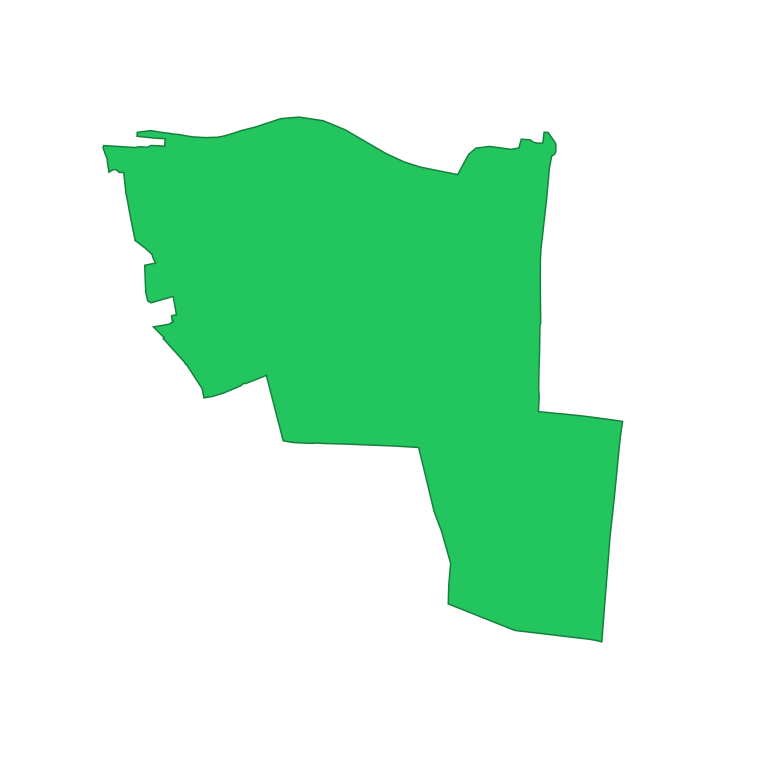 the district of Sendreni, Galati, Romania, rotated 168°
{"feature_id": "2599482B83097293031485", "entity_name": "Sendreni", "entity_type": "district", "adm_level": 2, "iso_a3": "ROU", "parent_name": "Romania", "parent_adm1": "Galati", "projection": "orthographic", "projection_center": [27.927, 45.451], "detail": "fine", "context": "isolated", "style": "filled", "palette": "green", "viewbox_px": 768, "rotation_deg": 168, "n_neighbors": 0, "source": "geoboundaries", "source_scale": "gbopen_adm2", "svg_char_len": 3115}
<svg xmlns="http://www.w3.org/2000/svg" viewBox="0 0 768 768"><g transform="rotate(168 384 384)"><path d="M559.1,680.3L573.0,681.5L574.1,677.7L557.0,672.1L547.0,669.4L548.8,663.4L549.1,662.2L553.5,663.5L557.0,664.4L561.0,665.4L562.6,665.8L564.8,665.1L566.2,664.9L567.1,665.0L570.6,666.1L572.6,666.7L572.8,666.6L573.8,666.9L577.0,667.0L577.7,667.0L579.5,667.4L608.6,675.5L608.6,675.0L609.1,674.7L609.5,674.1L609.6,672.7L609.2,669.5L609.0,667.5L608.0,662.4L608.4,658.6L608.8,652.2L608.9,650.6L609.0,648.3L606.5,649.3L605.2,649.7L603.9,649.7L602.5,649.7L601.0,648.9L599.1,646.0L594.6,645.0L595.6,635.5L596.9,623.1L596.7,621.5L597.3,600.7L597.6,575.8L597.3,575.8L589.4,566.6L588.9,565.9L584.1,559.2L583.5,554.4L582.3,549.8L593.4,549.9L598.0,523.2L597.9,514.5L595.1,511.9L592.0,511.9L591.7,512.1L572.0,513.5L572.1,509.8L572.6,494.9L577.0,495.1L577.8,494.6L577.9,490.0L577.3,490.0L577.3,488.2L579.6,488.3L580.6,487.2L591.8,487.5L597.7,487.8L589.4,474.9L590.5,474.3L574.4,446.4L573.9,444.3L573.2,444.3L563.3,418.5L563.0,417.4L562.9,416.7L562.8,415.7L563.0,407.9L562.0,407.8L554.2,407.5L551.8,407.7L545.5,408.3L544.1,408.4L541.8,408.7L534.5,410.1L524.6,412.0L523.3,412.8L521.0,413.7L519.6,413.2L516.1,413.7L515.4,413.8L497.3,416.9L494.4,349.4L486.5,346.2L482.8,345.0L469.2,341.5L468.2,341.2L464.3,340.5L462.0,340.3L455.5,338.4L436.4,333.8L387.3,321.3L363.3,314.7L362.3,280.6L361.5,248.8L358.3,227.8L357.9,221.8L356.1,194.8L359.1,185.0L362.7,172.9L366.9,155.5L310.1,117.6L307.8,116.2L306.4,115.5L305.1,115.0L251.8,96.9L242.9,93.9L235.3,91.3L233.0,90.3L232.1,90.0L229.5,88.8L224.6,86.5L223.1,91.5L215.7,116.6L210.9,132.7L203.6,157.4L200.4,168.1L195.8,183.8L194.8,187.2L182.0,226.0L167.6,271.5L167.5,271.8L163.2,284.9L158.4,297.8L171.9,302.8L195.7,311.2L213.9,317.1L220.2,319.0L221.8,319.5L231.2,322.5L238.7,324.9L235.4,337.0L235.0,338.6L234.7,340.3L234.4,342.5L233.9,346.3L232.2,353.8L229.1,367.2L226.3,378.3L222.1,396.4L220.5,403.6L219.7,407.6L219.0,409.5L218.4,410.2L218.1,411.0L209.6,452.8L207.1,464.2L205.0,473.7L202.3,483.9L198.9,493.7L186.4,531.4L182.7,543.4L178.8,556.0L177.4,560.5L172.7,571.9L171.1,572.6L169.1,573.5L167.7,575.5L166.1,582.2L166.2,584.0L171.1,595.9L173.3,596.5L174.2,596.8L175.0,597.0L178.6,586.5L184.7,588.0L187.5,589.4L190.4,592.5L198.8,594.9L200.3,592.1L203.0,586.9L210.6,587.0L231.2,594.4L245.1,595.6L253.5,591.0L268.4,573.5L293.0,584.1L304.2,589.0L318.2,597.1L333.9,608.8L369.2,640.8L388.8,654.2L411.8,662.8L428.6,664.9L430.0,665.0L454.6,662.3L456.2,662.1L461.6,661.9L472.1,661.5L474.9,661.0L477.9,660.7L478.9,660.6L481.9,660.4L485.3,660.1L486.6,660.0L488.0,659.9L489.6,659.9L491.2,659.8L493.7,660.0L494.9,660.0L496.1,660.0L497.8,660.4L500.6,660.9L501.8,661.1L503.1,661.4L505.1,661.7L507.2,662.1L509.4,662.7L511.3,663.2L512.9,663.6L514.8,664.2L516.7,664.7L518.6,665.1L520.5,665.8L522.9,666.7L525.3,667.7L527.1,668.3L528.9,669.1L531.1,670.0L533.0,670.9L533.9,671.1L535.7,671.5L537.3,672.1L539.1,672.7L540.9,673.5L542.9,674.2L544.5,674.7L545.9,675.1L547.8,675.9L550.0,676.7L552.8,677.7L554.8,678.5L556.6,679.2L558.4,680.0L559.1,680.3Z" fill="#22c55e" stroke="#15803d" stroke-width="1.5"/></g></svg>